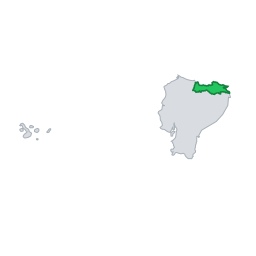 where Sucumbios sits in Ecuador, rotated 349°
{"feature_id": "ECU-1411", "entity_name": "Sucumbios", "entity_type": "Province", "adm_level": 1, "iso_a3": "ECU", "parent_name": "Ecuador", "parent_adm1": "", "projection": "orthographic", "projection_center": [-76.613, 0.009], "detail": "fine", "context": "in_parent", "style": "filled", "palette": "green", "viewbox_px": 256, "rotation_deg": 349, "n_neighbors": 0, "source": "natural_earth", "source_scale": "10m", "svg_char_len": 7324}
<svg xmlns="http://www.w3.org/2000/svg" viewBox="0 0 256 256"><g transform="rotate(349 128 128)"><path d="M234.1,106.2L233.3,106.7L231.6,106.9L230.2,106.5L229.6,106.5L229.5,106.9L231.4,108.1L232.2,110.2L233.5,111.5L234.4,112.1L234.4,112.6L234.2,113.4L234.1,114.1L234.5,117.3L234.2,117.5L233.2,117.5L232.5,117.0L230.3,124.9L223.5,132.8L215.8,138.5L206.8,141.7L200.3,144.0L199.3,144.8L196.1,148.8L195.9,149.2L196.4,149.9L196.4,150.3L195.9,150.6L195.5,150.6L195.3,150.4L195.2,149.9L194.7,149.4L194.2,149.3L193.9,149.4L193.9,149.9L193.3,152.0L193.2,153.0L193.0,153.4L193.0,154.4L192.3,155.2L191.8,156.7L191.3,157.1L190.6,159.4L189.6,161.6L189.5,162.3L189.8,162.9L190.0,163.3L189.5,164.7L187.2,166.0L186.6,166.7L186.4,167.4L186.5,168.0L186.5,168.5L185.8,168.7L185.0,170.0L184.4,170.3L183.0,169.8L181.9,169.8L181.1,169.4L179.5,167.3L178.9,166.1L178.7,164.4L177.1,163.3L175.0,163.5L174.4,163.1L172.8,162.4L171.5,161.6L170.5,161.2L169.8,161.4L168.5,162.8L167.3,163.4L166.8,163.3L166.1,162.9L166.0,162.5L167.7,160.0L166.4,160.0L165.9,159.5L165.9,158.9L165.7,158.2L165.9,157.4L166.6,157.0L167.6,157.3L168.4,157.4L168.8,156.6L169.8,156.1L170.0,155.7L169.5,154.5L169.3,153.9L169.5,153.5L169.4,152.2L169.1,151.8L169.1,151.0L168.8,150.7L168.7,149.8L168.0,149.3L170.2,148.4L171.0,147.8L171.9,147.2L172.8,146.3L173.3,145.4L174.6,141.3L175.8,138.7L175.6,137.4L174.6,135.8L174.3,133.3L174.4,132.5L174.3,132.0L173.6,133.0L173.8,136.6L173.2,138.3L172.4,138.7L171.9,138.4L172.2,135.7L171.6,136.2L170.6,138.0L169.0,139.4L168.9,139.8L168.5,140.4L167.3,139.8L166.4,139.3L163.3,136.3L161.3,135.7L160.0,134.6L159.8,134.2L159.6,133.6L160.9,132.9L162.2,132.1L162.3,130.2L162.2,128.8L161.3,126.3L161.7,123.0L161.5,121.7L160.4,119.0L161.2,117.6L164.0,116.6L165.0,116.0L165.6,113.8L166.2,112.5L167.5,113.0L168.5,113.0L167.2,112.5L166.1,110.6L165.9,109.7L168.0,107.0L169.1,106.3L170.5,104.9L171.6,102.8L171.9,99.5L171.4,97.1L171.1,94.5L171.7,93.9L173.5,93.5L174.9,92.7L175.6,92.0L177.3,92.1L179.2,90.9L182.3,90.3L186.6,89.0L187.6,87.8L187.2,85.7L188.8,87.0L189.5,88.0L191.7,89.1L194.3,91.1L196.1,92.1L198.0,93.0L200.7,94.0L202.3,93.8L203.0,95.3L203.7,95.8L205.2,96.3L205.4,96.5L206.0,99.3L206.4,99.7L207.7,100.1L209.4,100.3L210.1,100.2L211.5,100.9L213.8,101.6L214.6,101.7L215.0,101.5L215.1,101.3L215.8,101.3L216.8,101.7L218.2,101.7L219.1,101.4L219.3,99.9L219.6,99.5L220.6,99.0L221.1,99.1L223.8,100.3L224.3,100.7L225.0,101.6L226.3,102.9L227.6,103.7L229.7,104.0L231.7,105.3L234.1,106.2ZM26.3,104.5L27.1,105.4L27.5,107.8L30.1,110.3L30.4,111.7L30.2,112.4L30.3,112.6L31.5,113.7L32.3,114.7L31.0,117.2L28.1,118.2L25.1,118.2L24.5,117.9L23.7,117.0L23.5,116.1L24.0,115.3L25.5,114.1L27.9,113.0L28.2,112.2L27.3,111.4L26.6,109.7L25.1,108.6L24.3,105.1L23.8,105.0L22.8,105.4L22.3,105.0L22.2,104.8L23.3,104.0L23.5,103.5L25.2,103.2L25.9,103.6L26.3,104.5ZM38.3,115.0L37.6,115.0L35.6,113.7L35.7,112.5L36.5,111.6L39.1,111.2L40.2,112.0L40.1,113.5L39.2,114.6L38.5,114.8L38.3,115.0ZM170.5,143.8L170.3,144.4L169.1,144.3L168.7,144.1L169.0,141.7L169.3,141.0L170.3,140.2L171.2,139.9L172.3,139.9L173.4,140.6L172.1,141.8L171.0,142.2L170.5,143.8ZM24.4,110.9L23.1,111.1L22.0,110.7L21.6,110.0L21.5,108.9L21.6,108.6L23.9,108.2L24.7,109.1L24.7,110.4L24.4,110.9ZM50.0,116.8L48.5,117.3L47.6,116.8L47.5,116.5L48.4,115.7L49.2,115.2L49.9,114.3L51.2,113.8L51.6,113.9L51.9,114.1L52.0,114.4L51.5,115.2L50.7,115.7L50.0,116.8ZM35.2,109.2L34.6,109.6L32.2,109.2L31.5,108.4L32.1,107.4L32.6,106.9L34.0,107.3L35.5,108.5L35.2,109.2ZM37.2,122.4L36.6,122.4L35.9,121.9L36.5,120.9L37.5,121.4L37.7,121.8L37.2,122.4ZM186.5,88.4L185.8,88.5L185.4,87.9L186.3,87.1L186.6,87.0L186.5,88.4Z" fill="#d9dde1" stroke="#a8b0b8" stroke-width="1"/><path d="M204.9,96.2L205.4,96.3L205.6,96.9L205.7,98.3L205.8,98.8L205.9,99.1L206.0,99.5L206.3,99.7L206.8,99.9L208.2,100.2L208.4,100.3L208.6,100.4L208.8,100.5L209.1,100.4L209.8,100.2L210.0,100.1L210.5,100.3L211.0,100.8L211.4,101.0L211.9,101.0L212.1,101.0L212.3,101.1L212.7,101.5L212.9,101.6L213.1,101.7L213.3,101.7L214.2,101.6L214.4,101.6L214.8,101.8L215.0,101.8L215.0,101.3L215.2,101.2L215.6,101.3L216.3,101.4L216.5,101.4L216.7,101.6L217.0,101.9L217.3,102.0L217.5,102.0L217.8,101.8L219.1,101.7L219.3,101.5L219.2,100.6L219.2,99.6L219.3,99.6L219.6,99.6L219.8,99.5L220.2,99.1L220.3,99.0L220.6,98.8L220.9,98.8L221.2,99.2L221.5,99.4L221.8,99.5L222.0,99.6L222.4,99.6L222.6,99.6L222.8,99.6L223.0,99.8L223.1,100.1L223.4,100.2L223.7,100.1L224.0,100.1L224.1,100.3L225.0,101.5L225.2,101.9L225.3,102.2L225.6,102.5L226.4,103.0L226.6,103.1L227.1,103.5L227.4,103.7L227.7,103.8L227.9,103.9L228.2,103.9L228.5,103.9L229.1,103.7L229.3,103.7L229.6,103.8L229.8,104.0L230.0,104.2L230.1,104.3L230.3,104.3L230.9,104.9L231.7,105.4L232.0,105.5L232.3,105.7L233.0,105.8L233.8,106.1L234.1,106.2L233.9,106.4L233.6,106.7L233.3,106.8L233.1,106.8L232.6,106.7L232.5,106.8L232.2,107.0L231.8,107.0L230.9,106.5L230.7,106.4L230.3,106.4L230.1,106.4L229.9,106.3L229.6,106.2L229.4,106.3L229.4,106.5L229.4,106.8L229.6,107.1L229.8,107.2L230.1,107.2L230.4,107.3L230.6,107.6L230.8,107.7L231.1,107.8L231.3,107.9L231.4,108.1L231.9,109.6L232.1,110.1L232.5,110.6L232.7,110.9L232.9,111.0L233.0,111.0L233.3,111.0L233.8,111.5L234.0,111.8L234.2,111.7L234.4,112.0L234.4,112.7L234.4,112.8L234.5,113.0L234.4,113.1L234.3,113.3L234.1,113.3L234.0,113.2L233.9,113.0L233.7,113.0L233.2,112.9L232.9,112.8L232.8,112.7L232.7,112.7L232.6,112.4L232.3,112.3L232.2,112.2L231.9,112.1L231.3,112.1L231.2,112.1L230.7,112.0L230.5,111.8L230.5,111.7L230.4,111.7L230.3,111.4L230.1,111.4L230.0,111.2L229.9,111.2L229.5,111.0L229.4,110.9L229.2,110.8L228.8,110.9L228.6,110.9L228.4,110.8L228.3,110.6L228.2,110.5L228.1,110.4L227.9,110.4L227.7,110.5L227.3,110.5L227.1,110.5L226.9,110.6L226.6,110.4L226.4,110.3L226.2,110.3L225.8,110.3L225.5,110.3L225.4,110.4L225.3,110.5L225.5,111.8L225.5,112.0L225.4,112.2L225.1,112.2L224.8,112.1L224.5,111.9L223.9,111.5L223.7,111.4L223.5,111.0L223.5,110.9L223.4,110.7L222.1,110.6L221.1,110.7L220.7,110.8L220.3,111.0L220.1,111.0L219.6,111.4L219.3,111.5L219.2,111.4L219.1,111.2L218.9,111.2L218.3,111.2L218.1,111.1L217.4,110.5L217.1,110.2L216.8,110.2L216.5,110.4L216.4,110.2L216.2,110.0L215.5,109.5L215.3,109.3L215.2,109.2L215.0,108.8L214.7,108.5L214.7,108.4L214.7,108.2L214.2,107.8L212.9,106.2L212.7,106.0L212.6,105.9L212.3,105.7L211.9,105.8L211.7,105.8L211.4,106.0L211.2,106.1L210.9,106.2L210.6,106.2L209.9,106.0L209.6,105.9L209.4,106.0L209.1,106.1L208.6,105.8L208.2,105.6L207.8,105.5L207.6,105.6L207.3,106.0L207.2,106.2L207.0,106.5L206.9,106.6L206.6,106.7L206.4,106.7L205.8,106.5L205.7,106.5L205.7,106.4L205.7,106.2L205.7,105.9L205.7,105.7L205.6,105.4L205.5,105.2L205.3,105.2L205.1,105.3L204.9,105.5L204.7,105.6L204.3,105.7L204.1,106.0L203.9,106.1L203.7,106.1L203.1,105.9L201.8,105.9L201.6,105.8L201.4,105.7L201.3,105.0L201.3,104.9L201.3,104.7L201.2,104.6L200.6,104.4L200.4,104.3L200.4,104.1L200.3,103.9L200.2,103.9L200.0,103.7L199.9,103.7L199.7,103.6L199.3,103.5L199.2,103.5L199.1,103.4L198.9,103.4L199.2,102.7L199.6,102.2L199.8,102.1L200.0,102.0L200.1,101.9L200.3,101.6L200.5,101.4L200.6,101.2L200.4,101.2L200.5,100.8L200.9,100.3L201.2,100.0L201.2,99.8L201.2,99.6L201.2,99.3L201.3,99.1L202.3,97.8L202.4,97.7L202.9,97.3L203.0,97.2L202.9,96.9L202.7,96.7L202.8,96.5L202.8,96.4L203.0,96.4L203.3,96.5L203.7,96.5L203.8,96.5L204.1,96.6L204.3,96.6L204.8,96.2L204.9,96.2Z" fill="#22c55e" stroke="#15803d" stroke-width="1.5"/></g></svg>